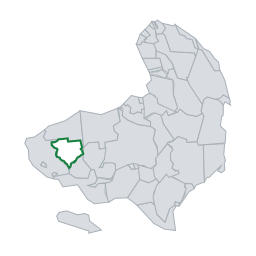 Africa, with Botswana highlighted, rotated 86°
{"feature_id": "BWA", "entity_name": "Botswana", "entity_type": "country or territory", "adm_level": 0, "iso_a3": "BWA", "parent_name": "Africa", "parent_adm1": "", "projection": "orthographic", "projection_center": [24.585, -22.321], "detail": "medium", "context": "in_parent", "style": "outline", "palette": "green", "viewbox_px": 256, "rotation_deg": 86, "n_neighbors": 49, "source": "natural_earth", "source_scale": "50m", "svg_char_len": 11472}
<svg xmlns="http://www.w3.org/2000/svg" viewBox="0 0 256 256"><g transform="rotate(86 128 128)"><path d="M180.2,119.9L197.6,133.3L197.2,145.7L200.6,152.1L197.9,153.7L181.7,154.5L179.2,147.3L169.3,143.3L165.7,137.1L164.8,130.6L169.6,127.1L168.5,119.9L180.2,119.9Z" fill="#d9dde1" stroke="#a8b0b8" stroke-width="1"/><path d="M54.0,52.2L52.7,55.7L44.6,57.8L42.5,64.0L40.1,64.9L38.4,69.8L28.1,73.8L43.4,54.5L54.0,52.2Z" fill="#d9dde1" stroke="#a8b0b8" stroke-width="1"/><path d="M164.8,130.6L169.3,143.3L162.6,143.6L161.3,154.4L165.4,155.9L165.6,159.5L157.3,153.7L140.6,152.0L139.1,139.5L133.6,138.5L130.0,142.0L124.9,142.5L120.9,135.5L107.2,136.2L111.8,131.7L115.1,132.9L119.8,128.0L125.2,117.8L128.3,103.4L131.4,100.8L141.3,103.6L152.3,99.8L158.1,99.9L161.7,102.9L166.0,102.1L171.0,109.6L166.6,114.4L164.8,130.6Z" fill="#d9dde1" stroke="#a8b0b8" stroke-width="1"/><path d="M205.5,124.5L203.5,110.3L207.2,106.3L216.2,105.2L224.6,97.6L211.5,92.2L207.7,87.8L209.4,85.5L214.2,89.0L233.6,87.7L231.5,98.5L225.0,108.9L205.5,124.5Z" fill="#d9dde1" stroke="#a8b0b8" stroke-width="1"/><path d="M197.6,133.3L180.2,119.9L184.0,111.2L180.4,103.8L184.7,100.3L194.1,106.9L206.3,107.2L203.5,110.3L205.5,124.5L197.6,133.3Z" fill="#d9dde1" stroke="#a8b0b8" stroke-width="1"/><path d="M148.6,91.0L146.1,89.7L144.9,88.9L145.3,85.6L139.9,78.6L143.6,70.1L146.4,70.3L146.4,58.9L150.0,58.9L150.0,54.0L187.1,55.5L189.8,64.2L192.9,66.0L188.2,68.3L187.0,77.3L180.8,85.1L180.1,90.6L175.7,80.2L171.3,86.9L166.7,85.3L163.4,87.8L156.0,87.4L150.3,85.1L146.4,89.8L148.6,91.0Z" fill="#d9dde1" stroke="#a8b0b8" stroke-width="1"/><path d="M146.3,60.0L146.4,70.3L143.6,70.1L139.9,78.6L143.0,82.6L126.5,92.5L117.5,94.3L113.3,88.4L118.4,86.8L115.9,77.6L112.6,75.0L118.5,68.5L121.2,58.7L118.4,52.9L121.6,51.4L146.3,60.0Z" fill="#d9dde1" stroke="#a8b0b8" stroke-width="1"/><path d="M124.2,211.7L125.5,209.9L130.6,213.0L134.7,210.8L134.3,198.3L137.5,205.2L139.7,204.8L144.8,199.8L152.0,200.6L163.9,189.3L169.4,190.0L171.4,197.3L170.8,202.3L168.4,201.8L167.2,205.2L168.9,207.1L173.6,205.5L171.3,212.2L159.1,225.2L152.1,229.0L143.0,228.8L136.1,232.0L131.3,230.0L130.4,221.8L124.2,211.7ZM161.7,212.5L159.1,212.0L155.8,215.4L159.0,217.8L161.7,212.5Z" fill="#d9dde1" stroke="#a8b0b8" stroke-width="1"/><path d="M161.7,212.5L159.0,217.8L155.8,215.4L159.1,212.0L161.7,212.5Z" fill="#d9dde1" stroke="#a8b0b8" stroke-width="1"/><path d="M169.4,190.0L159.6,187.1L150.9,174.3L156.6,175.0L167.3,167.1L175.5,171.5L174.3,183.7L169.4,190.0Z" fill="#d9dde1" stroke="#a8b0b8" stroke-width="1"/><path d="M133.9,188.4L134.7,210.8L130.6,213.0L125.5,209.9L124.2,211.7L120.5,206.9L116.4,190.2L107.4,174.6L150.3,173.7L136.9,176.2L137.0,188.2L133.9,188.4Z" fill="#d9dde1" stroke="#a8b0b8" stroke-width="1"/><path d="M24.0,93.6L22.4,91.2L27.1,85.2L31.0,83.6L36.1,87.2L36.8,92.8L23.4,97.0L23.4,95.0L31.2,91.6L24.0,93.6Z" fill="#d9dde1" stroke="#a8b0b8" stroke-width="1"/><path d="M36.8,92.8L36.1,87.2L37.8,84.7L54.7,80.2L57.8,56.5L61.9,55.6L81.8,64.5L81.6,66.1L84.9,65.4L81.7,75.1L67.4,79.0L58.2,84.8L53.1,94.5L45.6,96.7L43.3,91.4L40.2,93.5L36.8,92.8Z" fill="#d9dde1" stroke="#a8b0b8" stroke-width="1"/><path d="M28.1,73.8L38.4,69.8L40.1,64.9L42.5,64.0L44.6,57.8L52.7,55.7L54.0,52.2L61.9,55.6L57.8,56.5L54.7,80.2L37.8,84.7L36.1,87.2L31.0,83.6L26.0,86.3L29.2,75.6L28.1,73.8Z" fill="#d9dde1" stroke="#a8b0b8" stroke-width="1"/><path d="M76.6,102.1L74.0,102.8L73.9,94.1L71.5,90.7L78.3,84.6L80.9,88.5L77.1,95.4L76.6,102.1Z" fill="#d9dde1" stroke="#a8b0b8" stroke-width="1"/><path d="M118.4,52.9L121.2,58.7L118.5,68.5L112.6,75.0L115.9,77.6L114.4,80.0L111.0,77.2L97.8,80.5L86.8,79.0L82.6,80.5L80.5,85.9L72.9,83.8L71.7,78.4L81.7,75.1L84.9,65.4L109.8,52.1L116.1,53.9L118.4,52.9Z" fill="#d9dde1" stroke="#a8b0b8" stroke-width="1"/><path d="M76.6,102.1L83.4,79.8L97.8,80.5L111.0,77.2L115.7,81.0L105.8,96.5L97.6,98.9L95.0,104.1L86.6,106.7L81.8,101.3L76.6,102.1Z" fill="#d9dde1" stroke="#a8b0b8" stroke-width="1"/><path d="M115.5,78.9L118.4,86.8L113.3,88.4L118.1,93.5L114.7,102.5L119.5,111.4L98.6,111.3L95.0,105.0L95.9,101.9L100.5,96.8L105.8,96.5L115.5,78.9Z" fill="#d9dde1" stroke="#a8b0b8" stroke-width="1"/><path d="M72.0,89.1L74.0,102.8L71.5,103.9L69.1,90.4L72.0,89.1Z" fill="#d9dde1" stroke="#a8b0b8" stroke-width="1"/><path d="M69.4,89.5L71.5,103.9L59.4,108.9L60.5,91.3L69.4,89.5Z" fill="#d9dde1" stroke="#a8b0b8" stroke-width="1"/><path d="M45.6,96.7L50.8,94.6L60.4,95.1L59.4,108.9L45.1,113.9L45.7,109.7L42.9,108.1L45.6,96.7Z" fill="#d9dde1" stroke="#a8b0b8" stroke-width="1"/><path d="M31.1,94.0L40.2,93.5L43.3,91.4L45.6,96.7L44.1,104.3L41.4,106.0L40.2,102.8L38.1,103.9L37.0,99.4L30.9,104.3L26.8,99.6L31.1,94.0Z" fill="#d9dde1" stroke="#a8b0b8" stroke-width="1"/><path d="M23.4,97.0L31.1,94.0L30.7,96.3L26.8,99.6L23.4,97.0Z" fill="#d9dde1" stroke="#a8b0b8" stroke-width="1"/><path d="M43.7,104.4L42.9,108.1L45.7,109.7L45.1,113.9L35.1,109.2L38.9,103.5L41.4,106.0L43.7,104.4Z" fill="#d9dde1" stroke="#a8b0b8" stroke-width="1"/><path d="M30.9,104.3L37.0,99.4L38.9,103.5L35.1,109.2L30.9,104.3Z" fill="#d9dde1" stroke="#a8b0b8" stroke-width="1"/><path d="M53.1,94.5L57.3,85.7L67.4,79.0L71.7,78.4L72.9,83.8L76.4,83.9L72.0,89.1L60.5,91.3L60.4,95.1L53.1,94.5Z" fill="#d9dde1" stroke="#a8b0b8" stroke-width="1"/><path d="M158.1,99.9L148.1,100.2L141.3,103.6L131.4,100.8L128.0,105.5L123.5,105.0L119.7,109.7L114.7,100.4L117.5,94.3L126.5,92.5L143.0,82.6L144.9,88.9L158.1,99.9Z" fill="#d9dde1" stroke="#a8b0b8" stroke-width="1"/><path d="M128.0,105.5L125.2,117.8L119.8,128.0L115.1,132.9L108.5,131.7L106.2,133.8L103.5,130.7L105.9,128.7L104.7,126.6L108.3,123.7L113.0,125.0L114.4,121.3L112.5,117.1L113.9,113.4L110.6,113.3L109.9,110.4L119.5,111.4L123.5,105.0L128.0,105.5Z" fill="#d9dde1" stroke="#a8b0b8" stroke-width="1"/><path d="M104.0,110.9L109.5,110.3L110.6,113.3L113.9,113.4L112.5,117.1L114.4,121.3L113.0,125.0L108.3,123.7L104.7,126.6L105.9,128.7L103.5,130.7L95.8,122.3L98.1,115.4L104.0,114.6L104.0,110.9Z" fill="#d9dde1" stroke="#a8b0b8" stroke-width="1"/><path d="M98.6,111.3L104.0,110.9L104.0,114.6L98.1,115.4L98.6,111.3Z" fill="#d9dde1" stroke="#a8b0b8" stroke-width="1"/><path d="M169.3,143.3L177.5,148.1L175.3,161.4L177.0,162.4L167.0,164.7L167.3,167.1L156.6,175.0L144.3,173.6L139.9,168.8L139.9,158.1L146.8,158.0L146.5,151.4L157.3,153.7L165.6,159.5L165.4,155.9L161.3,154.4L161.6,145.7L163.5,143.3L169.3,143.3Z" fill="#d9dde1" stroke="#a8b0b8" stroke-width="1"/><path d="M176.0,146.5L180.9,149.9L181.4,161.3L184.9,165.1L182.5,172.3L181.0,164.8L175.3,161.4L178.3,150.9L176.0,146.5Z" fill="#d9dde1" stroke="#a8b0b8" stroke-width="1"/><path d="M181.7,154.5L191.2,155.4L200.6,152.1L201.2,166.8L196.5,173.2L181.1,182.3L182.2,197.1L174.5,200.8L173.6,205.5L171.3,205.3L169.4,190.0L174.3,183.7L175.5,171.5L167.5,168.4L167.0,164.7L177.0,162.4L181.0,164.8L182.5,172.3L184.9,165.1L181.4,161.3L181.7,154.5Z" fill="#d9dde1" stroke="#a8b0b8" stroke-width="1"/><path d="M171.3,205.3L168.9,207.1L167.2,205.2L168.4,201.8L171.3,205.3Z" fill="#d9dde1" stroke="#a8b0b8" stroke-width="1"/><path d="M106.2,133.8L108.6,133.5L107.2,136.2L106.2,133.8ZM107.6,137.2L120.9,135.5L124.9,142.5L130.0,142.0L133.6,138.5L139.1,139.5L140.6,152.0L146.8,152.4L146.8,158.0L139.9,158.1L139.9,168.8L144.3,173.6L107.4,174.6L112.8,153.9L107.6,137.2Z" fill="#d9dde1" stroke="#a8b0b8" stroke-width="1"/><path d="M168.6,124.0L169.6,127.1L164.8,130.6L163.7,125.2L168.6,124.0Z" fill="#d9dde1" stroke="#a8b0b8" stroke-width="1"/><path d="M227.9,161.7L230.2,174.5L228.1,174.1L216.2,203.8L211.0,205.3L207.4,202.7L206.4,195.0L211.1,184.2L210.3,177.2L212.1,173.4L218.0,172.7L227.9,161.7Z" fill="#d9dde1" stroke="#a8b0b8" stroke-width="1"/><path d="M23.4,95.0L28.2,91.5L31.2,91.6L23.4,95.0Z" fill="#d9dde1" stroke="#a8b0b8" stroke-width="1"/><path d="M105.0,37.5L101.5,30.5L105.4,25.0L108.5,24.0L109.9,24.9L112.3,24.1L108.7,29.3L111.8,31.3L105.0,37.5Z" fill="#d9dde1" stroke="#a8b0b8" stroke-width="1"/><path d="M54.0,52.2L55.3,48.9L76.9,37.6L77.1,32.3L80.0,30.8L87.4,28.0L105.4,25.0L101.5,30.5L104.6,33.9L105.5,39.2L102.7,46.7L105.0,50.4L109.8,52.1L89.3,63.7L81.6,66.1L81.8,64.5L54.0,52.2Z" fill="#d9dde1" stroke="#a8b0b8" stroke-width="1"/><path d="M187.4,75.0L188.2,68.3L192.9,66.0L196.1,71.8L208.9,81.9L206.6,82.1L198.8,75.8L187.4,75.0Z" fill="#d9dde1" stroke="#a8b0b8" stroke-width="1"/><path d="M43.4,54.5L54.1,47.1L57.3,41.3L64.6,36.8L68.6,33.1L77.1,32.3L76.9,37.6L55.3,48.9L54.3,51.6L43.4,54.5Z" fill="#d9dde1" stroke="#a8b0b8" stroke-width="1"/><path d="M187.1,55.5L150.0,54.0L150.4,32.7L161.3,34.3L167.2,33.1L170.1,34.5L176.7,34.3L179.1,38.0L177.3,41.5L171.4,37.0L182.9,50.6L182.7,52.5L187.1,55.5Z" fill="#d9dde1" stroke="#a8b0b8" stroke-width="1"/><path d="M149.7,32.1L150.0,58.9L146.3,60.0L121.6,51.4L116.1,53.9L105.0,50.4L102.7,46.7L106.8,35.2L111.8,31.3L122.0,32.2L123.1,33.9L132.6,35.7L138.1,30.6L149.7,32.1Z" fill="#d9dde1" stroke="#a8b0b8" stroke-width="1"/><path d="M224.6,97.6L216.2,105.2L198.9,107.9L187.6,103.7L176.7,93.1L187.4,75.0L191.1,75.9L192.0,74.0L204.0,79.3L206.6,82.1L205.0,86.1L208.3,86.8L211.5,92.2L224.6,97.6Z" fill="#d9dde1" stroke="#a8b0b8" stroke-width="1"/><path d="M206.6,82.1L209.7,82.9L208.3,86.8L205.0,86.1L206.6,82.1Z" fill="#d9dde1" stroke="#a8b0b8" stroke-width="1"/><path d="M180.2,119.9L165.6,120.5L171.2,104.8L180.4,103.8L182.1,106.0L184.0,111.2L180.2,119.9Z" fill="#d9dde1" stroke="#a8b0b8" stroke-width="1"/><path d="M168.5,119.9L169.6,123.6L163.7,125.2L164.7,121.3L168.5,119.9Z" fill="#d9dde1" stroke="#a8b0b8" stroke-width="1"/><path d="M169.8,105.5L166.0,102.1L160.2,102.5L146.4,89.8L152.7,84.7L156.0,87.4L163.4,87.8L166.7,85.3L171.3,86.9L174.7,83.4L173.5,80.9L177.2,80.5L180.1,90.6L176.7,93.1L184.7,100.3L178.4,105.1L169.8,105.5Z" fill="#d9dde1" stroke="#a8b0b8" stroke-width="1"/><path d="M150.9,174.5L150.8,174.9L150.8,175.1L151.0,175.3L151.3,175.7L151.6,176.4L151.8,176.7L152.5,177.4L152.6,177.9L153.1,178.4L153.1,178.5L153.1,178.8L153.8,180.4L154.0,180.5L155.4,181.6L156.7,182.2L157.0,182.4L157.1,182.5L157.2,182.8L157.3,183.6L158.4,183.7L158.5,183.7L158.6,183.8L158.6,184.6L158.5,185.6L158.5,185.8L159.0,186.3L159.2,186.7L159.4,187.2L159.5,187.3L161.1,187.7L161.8,187.9L162.7,188.2L162.7,188.3L162.6,188.7L162.7,189.0L162.9,189.2L163.3,189.2L163.7,189.6L163.0,189.7L162.6,189.9L162.4,190.3L162.0,190.5L161.6,190.7L161.1,190.8L160.6,190.9L160.0,191.2L159.5,191.8L159.2,192.2L159.2,192.3L159.0,192.5L158.8,192.6L158.6,192.7L158.6,192.9L158.5,193.0L158.2,193.0L158.0,193.3L157.8,193.5L157.5,193.5L157.2,193.6L157.0,193.9L156.8,194.0L156.7,194.0L156.2,194.6L155.7,196.4L155.0,196.9L154.6,197.3L154.5,197.5L154.3,197.6L153.5,197.8L152.8,198.1L152.7,198.2L152.6,198.7L152.1,199.9L152.0,200.4L151.8,201.0L151.3,201.3L151.0,201.4L150.6,201.5L150.0,201.5L149.6,201.7L149.2,201.7L147.9,201.4L147.5,201.0L146.8,201.0L146.6,200.9L145.9,200.4L145.4,200.1L145.0,199.9L144.7,199.8L144.3,199.9L143.9,200.0L143.7,200.2L143.5,200.5L142.8,202.6L142.7,202.8L142.3,203.1L141.5,203.7L141.1,204.3L140.9,204.5L140.4,204.7L140.2,204.8L140.1,205.1L139.8,205.3L139.2,205.2L138.1,205.3L137.5,205.2L137.1,205.3L136.9,205.2L136.7,204.4L136.7,204.0L137.1,203.3L137.2,203.0L137.2,202.8L137.1,202.2L136.5,200.7L136.0,199.6L135.7,199.2L134.5,198.4L134.2,188.9L137.3,188.9L137.4,188.7L137.1,176.4L137.9,176.3L140.4,175.9L143.9,175.2L144.3,175.2L144.6,175.3L145.1,176.0L145.4,176.5L145.5,176.7L145.9,176.6L146.5,175.9L146.8,175.7L147.2,175.4L147.6,175.2L148.0,175.1L148.5,175.3L149.4,174.7L149.8,174.6L150.7,174.4L150.9,174.5Z" fill="none" stroke="#15803d" stroke-width="2"/></g></svg>